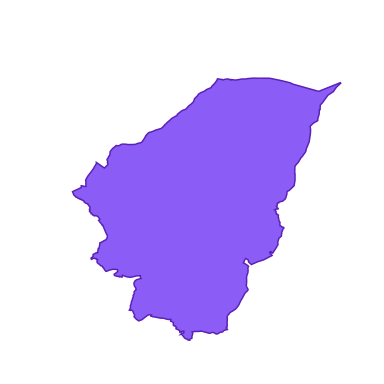 Bengesti-Ciocadia, Gorj, Romania (orthographic projection), rotated 195°
{"feature_id": "2599482B44162004756162", "entity_name": "Bengesti-Ciocadia", "entity_type": "district", "adm_level": 2, "iso_a3": "ROU", "parent_name": "Romania", "parent_adm1": "Gorj", "projection": "orthographic", "projection_center": [23.617, 45.092], "detail": "fine", "context": "isolated", "style": "filled", "palette": "violet", "viewbox_px": 384, "rotation_deg": 195, "n_neighbors": 0, "source": "geoboundaries", "source_scale": "gbopen_adm2", "svg_char_len": 5934}
<svg xmlns="http://www.w3.org/2000/svg" viewBox="0 0 384 384"><g transform="rotate(195 192 192)"><path d="M196.7,307.9L196.8,306.7L197.4,304.8L198.4,302.4L199.7,300.2L200.2,299.2L200.5,297.9L201.5,297.0L204.4,294.8L206.2,292.5L209.4,290.1L211.1,288.1L211.8,286.0L213.7,282.9L213.8,279.8L215.9,276.2L216.8,275.2L217.7,273.9L219.0,271.1L220.1,269.8L221.8,268.8L223.2,267.4L226.2,263.4L226.3,262.3L226.5,261.9L230.6,257.9L232.1,255.4L234.0,252.7L234.6,251.3L235.3,250.6L236.8,247.5L238.2,245.4L243.3,242.3L244.8,241.0L247.0,239.4L248.3,238.8L249.4,237.8L250.2,236.5L251.1,234.6L252.2,230.2L252.7,229.2L253.0,228.0L253.7,226.7L257.0,224.9L259.3,223.2L260.8,222.9L262.0,222.3L263.3,222.1L265.8,221.3L268.0,221.1L271.5,220.3L272.9,219.5L273.7,218.6L274.6,217.9L275.8,217.4L277.3,217.3L278.5,215.3L279.9,213.6L281.5,210.0L281.4,209.1L281.0,206.6L281.0,206.0L281.7,204.8L281.8,203.3L282.5,201.6L282.4,201.1L281.2,199.4L281.3,198.9L281.3,198.5L281.0,198.0L280.4,197.2L280.6,196.2L282.8,192.5L292.0,195.8L291.8,195.3L291.8,194.6L292.2,192.8L292.8,191.1L293.0,189.8L294.5,185.7L296.5,181.0L297.3,178.4L297.8,175.7L297.3,174.9L295.9,169.9L297.1,169.6L299.4,169.6L300.6,169.4L300.1,167.7L307.5,161.4L305.3,158.5L303.7,157.7L303.0,157.1L301.9,157.1L300.7,156.5L299.3,156.3L298.9,156.3L298.5,156.6L298.4,156.5L298.3,156.1L298.1,156.0L296.1,156.0L295.9,155.7L295.3,155.7L295.0,155.4L293.9,155.3L293.6,154.5L292.6,154.2L292.3,153.8L289.4,153.5L289.3,153.0L288.6,152.5L288.3,152.1L286.9,151.4L286.5,150.6L286.7,149.9L286.3,149.3L286.3,149.0L286.0,148.6L286.4,148.2L285.9,147.9L285.9,147.3L286.0,146.7L285.8,146.5L285.5,146.5L284.0,145.7L283.9,145.0L283.2,145.2L282.5,144.7L282.2,144.1L281.9,144.2L280.9,144.1L280.2,143.6L278.9,144.4L278.6,144.1L277.3,144.2L276.2,143.7L273.9,141.8L274.3,141.0L274.9,140.5L273.5,139.3L271.5,138.0L270.7,137.3L270.2,136.7L269.7,136.9L263.8,129.3L262.9,128.7L262.7,128.3L262.2,126.7L262.1,125.1L262.5,124.6L262.6,123.8L262.9,123.4L264.3,122.4L265.1,121.3L266.0,120.7L266.6,119.8L267.8,119.1L267.4,116.1L267.3,113.3L267.9,113.2L267.7,109.7L267.4,108.9L268.9,108.4L271.4,106.1L271.4,105.8L270.9,104.7L270.9,104.3L271.2,103.6L272.4,102.1L272.4,101.8L271.7,100.9L271.5,101.0L270.5,102.1L269.3,102.8L268.6,102.5L267.7,102.6L267.5,102.9L267.3,102.9L267.2,102.5L266.7,102.1L265.7,102.2L265.8,100.2L265.2,99.2L263.9,98.5L262.7,98.1L261.2,97.2L259.5,97.2L258.9,96.7L258.9,96.3L257.5,95.5L256.4,94.3L254.7,93.1L254.0,93.3L251.0,95.5L248.1,97.0L244.1,97.8L243.7,97.6L243.3,96.0L244.1,94.6L245.9,92.4L245.8,92.0L245.4,91.5L244.8,91.2L240.1,91.3L240.1,91.7L239.8,91.7L237.6,91.6L237.5,92.8L237.7,93.5L232.7,93.2L229.2,93.7L223.8,96.6L220.3,97.8L220.1,96.8L219.5,96.0L218.8,95.3L221.5,93.8L223.0,92.8L224.1,91.3L224.5,89.3L224.4,88.5L223.6,86.8L223.1,86.1L221.5,84.8L220.7,83.3L221.3,82.6L222.1,80.6L221.5,78.7L221.6,78.1L222.1,77.0L221.6,75.8L221.9,74.0L221.8,72.4L222.1,70.6L221.9,68.1L221.9,66.9L222.1,66.1L221.6,64.7L221.5,64.0L221.7,62.4L222.0,61.7L220.9,61.6L219.8,62.3L218.2,61.6L217.9,60.9L215.8,58.5L215.5,57.6L215.7,56.5L213.0,54.8L210.1,53.7L207.3,55.7L203.4,60.9L202.0,62.3L199.4,62.7L199.7,61.9L199.7,61.5L198.5,61.5L197.9,61.3L196.4,61.6L189.8,62.0L186.5,62.8L185.6,62.6L182.1,62.7L180.9,62.9L179.5,63.6L179.1,61.6L177.8,61.6L176.2,61.1L175.8,59.2L175.5,58.5L175.3,58.3L174.7,58.4L174.5,58.1L173.1,58.1L172.8,57.5L171.8,56.9L172.1,55.8L168.2,55.0L167.5,53.4L165.3,55.0L163.8,55.4L163.5,53.7L164.4,53.2L165.7,53.1L165.7,52.2L166.1,51.5L165.5,51.8L165.1,51.7L163.9,51.0L161.3,49.0L159.8,48.6L158.1,48.5L157.6,48.0L156.2,48.1L155.7,48.4L155.9,49.1L155.7,49.7L154.5,50.4L154.2,50.9L154.7,52.4L154.6,54.5L154.7,55.6L154.9,56.2L155.7,56.9L153.8,57.8L149.6,59.0L146.8,60.1L138.9,60.0L138.0,60.3L136.3,61.5L135.1,61.9L132.3,61.2L131.3,61.2L129.9,62.2L128.4,63.9L126.4,64.6L125.5,66.2L124.7,67.0L122.2,68.3L122.9,69.0L123.3,69.0L123.8,70.1L123.6,70.4L123.1,70.7L123.6,72.1L123.5,72.6L123.6,73.1L124.3,74.6L124.5,76.2L125.3,79.5L125.8,80.5L125.7,81.3L125.5,82.2L124.5,84.0L124.4,84.6L124.0,85.5L122.1,87.4L119.7,90.1L118.3,92.9L118.1,93.7L117.7,94.5L116.6,100.5L116.1,101.9L114.6,108.1L112.8,111.0L112.5,112.0L112.7,112.5L115.0,114.9L115.4,116.2L115.9,119.1L116.7,122.0L117.1,123.1L117.4,125.2L117.1,128.4L117.3,129.2L117.4,130.4L118.3,132.9L118.4,133.4L118.1,134.8L119.1,135.4L122.6,136.6L124.0,136.8L123.3,141.0L122.9,141.7L120.3,140.9L119.8,140.5L119.3,139.1L115.9,137.3L110.4,141.7L105.1,145.1L98.2,151.4L99.5,152.4L100.5,152.8L100.1,153.2L101.3,154.1L100.2,154.9L98.2,153.9L97.1,157.4L95.9,161.0L95.9,161.7L95.3,163.2L95.5,163.8L95.8,164.6L96.2,166.3L96.0,168.9L96.2,169.7L94.6,171.9L94.3,172.4L94.6,175.0L94.9,176.1L94.7,177.3L94.6,179.5L93.9,181.0L94.4,181.6L95.8,181.4L96.5,181.9L97.0,182.1L97.9,181.9L98.4,182.5L99.0,184.2L99.0,185.0L99.2,185.5L100.4,186.7L101.3,188.2L101.5,189.2L101.9,189.6L102.5,191.0L102.4,191.3L102.6,191.4L102.6,191.9L103.3,192.5L103.7,192.6L104.6,192.4L104.9,192.8L105.0,193.3L105.6,193.8L105.8,195.1L107.7,196.1L106.5,197.1L104.5,197.9L104.5,198.4L105.4,198.2L105.6,198.9L106.8,200.1L106.2,200.6L106.5,202.2L106.6,203.4L105.4,203.9L105.5,204.5L105.0,205.0L102.0,206.7L100.5,208.8L100.1,209.6L99.9,210.5L99.8,214.7L100.1,215.5L100.2,216.7L100.0,217.4L98.5,218.6L95.0,224.5L95.5,229.9L97.2,236.3L97.8,237.4L99.1,242.8L99.0,243.9L98.7,244.9L97.0,248.2L95.6,253.2L94.5,255.3L92.7,260.2L92.6,261.4L92.8,262.9L91.8,270.9L92.8,279.5L93.7,283.3L94.9,285.9L93.5,288.5L92.7,289.8L89.0,293.5L89.5,295.6L89.3,299.5L89.7,301.9L90.3,304.5L89.6,304.7L90.6,309.1L89.0,312.2L85.8,320.6L81.3,325.7L80.4,328.6L79.5,330.8L76.5,335.6L77.0,336.0L95.4,322.2L96.6,322.0L122.2,322.3L125.4,322.9L134.8,322.7L146.3,322.0L163.1,317.6L168.0,315.8L169.2,315.1L172.0,314.3L172.7,314.2L178.8,311.4L183.0,310.8L183.0,310.6L183.4,310.2L183.8,310.4L184.5,310.3L184.6,310.6L185.3,310.4L187.3,310.4L188.4,309.6L189.7,309.3L190.9,308.3L191.4,308.3L191.7,308.5L196.7,307.9Z" fill="#8b5cf6" stroke="#5b21b6" stroke-width="1.5"/></g></svg>